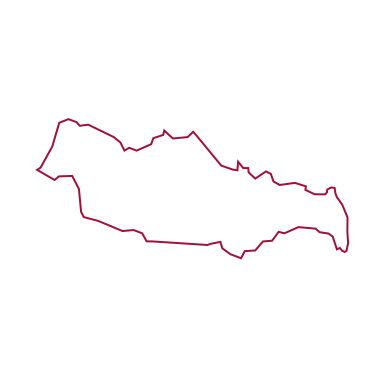 Liberty, Georgia, United States of America (Mercator projection), rotated 335°
{"feature_id": "52423323B31615661575159", "entity_name": "Liberty", "entity_type": "district", "adm_level": 2, "iso_a3": "USA", "parent_name": "United States of America", "parent_adm1": "Georgia", "projection": "mercator", "projection_center": [-81.411, 31.822], "detail": "fine", "context": "isolated", "style": "outline", "palette": "rose", "viewbox_px": 384, "rotation_deg": 335, "n_neighbors": 0, "source": "geoboundaries", "source_scale": "gbopen_adm2", "svg_char_len": 1158}
<svg xmlns="http://www.w3.org/2000/svg" viewBox="0 0 384 384"><g transform="rotate(335 192 192)"><path d="M299.1,305.2L302.3,305.2L303.3,308.8L305.0,310.8L307.2,310.6L312.0,304.1L315.9,293.9L322.2,280.7L322.8,266.8L321.1,257.8L321.4,253.9L323.0,248.5L319.9,246.7L316.2,246.9L315.2,247.3L314.2,249.3L311.7,250.4L302.2,245.9L295.7,238.0L297.6,235.0L289.1,227.2L274.4,222.7L270.3,216.9L271.1,209.0L267.7,204.6L255.0,206.6L251.6,198.2L253.1,194.1L248.5,191.9L246.6,184.1L242.3,191.5L238.4,188.9L229.7,180.5L219.5,141.2L218.5,137.9L211.2,140.4L197.3,135.4L192.8,124.6L190.0,128.1L179.7,126.9L175.2,131.4L159.3,131.1L153.8,125.4L148.3,125.9L148.0,116.8L144.4,109.3L126.4,87.1L118.3,84.6L116.9,79.9L110.7,73.7L100.9,73.2L84.6,91.7L65.1,105.9L61.0,106.5L72.5,123.0L78.0,121.6L90.2,126.8L90.8,141.5L83.1,163.1L83.3,169.0L94.5,178.3L112.5,198.0L123.0,201.8L129.4,208.4L130.0,217.5L135.5,220.2L183.7,246.6L186.7,246.8L196.6,249.2L195.7,255.9L200.4,264.5L208.5,272.8L214.8,267.9L224.6,271.7L235.4,266.8L244.0,270.0L253.7,264.7L258.3,268.5L273.6,268.8L288.6,277.5L290.7,282.4L298.1,287.3L300.7,291.9L299.1,305.2Z" fill="none" stroke="#9f1239" stroke-width="2"/></g></svg>